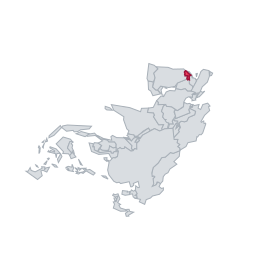 Asia, with Jordan highlighted, rotated 122°
{"feature_id": "JOR", "entity_name": "Jordan", "entity_type": "country or territory", "adm_level": 0, "iso_a3": "JOR", "parent_name": "Asia", "parent_adm1": "", "projection": "equal_earth", "projection_center": [36.712, 31.281], "detail": "fine", "context": "in_parent", "style": "filled", "palette": "rose", "viewbox_px": 256, "rotation_deg": 122, "n_neighbors": 45, "source": "natural_earth", "source_scale": "50m", "svg_char_len": 13273}
<svg xmlns="http://www.w3.org/2000/svg" viewBox="0 0 256 256"><g transform="rotate(122 128 128)"><path d="M119.3,72.2L117.6,73.5L117.5,76.0L114.6,75.4L114.5,78.6L111.3,79.7L113.3,82.8L112.8,84.3L104.0,82.6L103.2,84.1L99.9,83.7L96.9,87.5L94.1,86.5L92.7,83.2L90.8,81.8L86.9,82.2L81.5,78.5L78.1,79.5L78.8,86.3L76.0,84.4L73.8,85.4L73.7,83.5L70.4,80.2L74.0,79.1L73.8,76.2L68.5,77.0L64.7,73.6L65.9,70.1L67.3,71.0L69.9,68.0L76.7,69.8L84.1,69.5L84.3,68.7L81.9,67.5L83.9,65.9L82.8,64.8L83.3,64.2L92.6,62.0L95.0,62.4L95.8,64.0L98.8,64.2L98.9,65.0L102.9,63.4L108.7,69.4L113.0,69.0L119.3,72.2Z" fill="#d9dde1" stroke="#a8b0b8" stroke-width="1"/><path d="M78.8,86.3L78.1,79.5L81.5,78.5L86.9,82.2L90.8,81.8L92.7,83.2L94.1,86.5L96.4,87.5L99.8,84.5L99.2,85.9L103.2,87.1L101.6,88.4L99.9,88.3L99.7,86.9L97.9,87.4L97.1,89.6L95.9,89.5L97.3,92.2L96.8,94.1L82.3,83.6L80.4,86.2L78.8,86.3Z" fill="#d9dde1" stroke="#a8b0b8" stroke-width="1"/><path d="M219.6,177.4L218.7,191.6L217.5,189.8L213.4,190.0L215.3,187.7L214.4,183.5L207.7,179.5L206.6,180.7L205.1,177.9L207.8,176.6L205.5,176.6L202.8,173.8L208.4,173.5L209.0,177.8L210.6,179.1L213.9,175.5L219.6,177.4ZM193.0,191.1L191.9,193.8L190.3,194.0L191.4,191.9L193.0,191.1ZM208.2,186.7L208.1,185.1L208.9,183.6L209.1,185.3L208.2,186.7ZM182.2,162.8L181.4,164.8L184.2,169.8L182.3,170.1L179.5,180.5L170.0,178.2L168.0,170.9L169.1,167.4L170.5,170.1L175.8,169.1L177.1,168.7L179.0,162.4L182.2,162.8ZM198.4,179.2L202.6,178.5L203.1,180.2L198.4,179.2ZM196.8,180.0L195.7,179.6L195.4,178.7L197.0,178.6L196.8,180.0ZM198.6,167.1L199.8,169.3L198.9,173.7L197.7,169.6L198.6,167.1ZM187.2,168.9L194.2,168.7L191.8,171.3L186.1,171.3L185.9,172.9L187.3,174.8L191.2,173.1L188.2,175.9L190.6,183.4L189.1,183.3L190.0,181.5L188.0,181.7L187.3,177.5L186.2,178.2L186.2,183.8L185.2,184.1L183.8,177.9L185.5,171.5L187.2,168.9ZM186.1,193.4L183.3,192.5L184.8,192.1L186.1,193.4ZM184.9,190.9L188.3,190.1L189.8,189.3L189.5,190.5L184.9,190.9ZM181.8,189.3L183.7,190.7L179.8,191.4L181.8,189.3ZM163.0,184.6L173.5,186.9L178.2,189.9L176.4,190.8L161.8,186.7L163.0,184.6ZM159.1,173.3L163.3,178.4L162.7,184.5L160.9,184.5L157.6,181.0L145.8,159.9L149.3,160.4L154.6,167.2L157.6,168.7L159.8,171.6L159.1,173.3Z" fill="#d9dde1" stroke="#a8b0b8" stroke-width="1"/><path d="M193.1,192.1L194.7,190.1L196.9,190.0L193.1,192.1Z" fill="#d9dde1" stroke="#a8b0b8" stroke-width="1"/><path d="M50.2,101.7L48.9,104.5L48.8,109.2L47.8,105.8L49.1,102.1L50.2,101.7Z" fill="#d9dde1" stroke="#a8b0b8" stroke-width="1"/><path d="M51.4,99.9L49.2,102.0L51.1,99.1L51.4,99.9Z" fill="#d9dde1" stroke="#a8b0b8" stroke-width="1"/><path d="M49.8,103.4L48.8,105.5L49.2,103.1L49.8,103.4Z" fill="#d9dde1" stroke="#a8b0b8" stroke-width="1"/><path d="M74.5,119.9L78.2,120.2L81.5,116.9L79.9,123.6L75.2,122.5L74.5,119.9Z" fill="#d9dde1" stroke="#a8b0b8" stroke-width="1"/><path d="M73.2,118.9L73.1,117.4L73.9,116.1L74.4,117.9L73.2,118.9Z" fill="#d9dde1" stroke="#a8b0b8" stroke-width="1"/><path d="M67.5,108.1L69.3,111.1L66.4,110.0L67.5,108.1Z" fill="#d9dde1" stroke="#a8b0b8" stroke-width="1"/><path d="M55.2,103.9L54.6,101.5L57.9,99.4L58.2,95.7L60.3,93.7L63.2,94.1L65.2,97.0L64.4,100.3L67.4,103.3L69.4,108.3L63.6,109.9L55.2,103.9Z" fill="#d9dde1" stroke="#a8b0b8" stroke-width="1"/><path d="M80.2,123.1L81.8,118.5L87.4,124.0L84.6,128.3L84.5,131.0L77.4,135.9L75.5,130.9L80.2,128.8L81.0,124.6L80.2,123.1ZM81.8,115.7L81.2,116.2L81.6,115.5L81.8,115.7Z" fill="#d9dde1" stroke="#a8b0b8" stroke-width="1"/><path d="M156.6,145.4L156.8,141.0L161.8,141.8L162.3,140.3L164.3,142.5L164.4,145.1L161.9,146.7L162.7,148.0L158.3,148.8L156.6,145.4Z" fill="#d9dde1" stroke="#a8b0b8" stroke-width="1"/><path d="M160.4,140.9L156.8,141.0L156.6,145.4L152.4,142.8L151.7,151.8L156.7,158.3L155.2,159.4L150.1,153.7L151.9,146.0L149.0,139.1L149.9,136.9L146.9,132.1L148.0,129.4L150.7,127.9L152.8,129.9L153.0,134.1L156.1,132.4L158.8,134.2L160.6,138.2L160.4,140.9Z" fill="#d9dde1" stroke="#a8b0b8" stroke-width="1"/><path d="M163.8,141.1L160.4,140.9L160.6,138.2L157.3,132.5L153.0,134.1L152.8,129.9L150.7,127.9L153.1,126.3L152.5,123.9L155.4,127.2L157.3,127.2L158.2,129.0L156.9,130.3L163.3,137.5L163.8,141.1Z" fill="#d9dde1" stroke="#a8b0b8" stroke-width="1"/><path d="M150.7,127.9L148.0,129.4L146.9,132.1L149.9,136.9L149.0,139.1L151.9,146.0L150.5,150.3L149.9,143.4L147.0,135.3L144.4,137.9L142.5,137.2L142.2,132.6L138.2,125.7L140.9,115.2L143.8,114.1L143.6,111.7L146.0,113.2L145.7,120.7L147.2,120.3L149.0,122.6L148.8,124.4L151.8,124.9L150.7,127.9Z" fill="#d9dde1" stroke="#a8b0b8" stroke-width="1"/><path d="M159.7,149.1L162.7,148.0L161.9,146.7L164.4,145.1L163.9,139.0L156.9,130.3L158.2,129.0L157.3,127.2L155.4,127.2L153.2,123.6L157.8,121.8L162.7,125.5L159.8,130.8L165.9,138.8L167.2,146.5L161.3,153.1L159.7,149.1Z" fill="#d9dde1" stroke="#a8b0b8" stroke-width="1"/><path d="M183.7,84.3L183.7,87.1L181.5,89.2L183.6,91.8L178.7,92.3L178.7,89.9L176.7,88.9L177.4,87.7L178.9,85.3L181.1,86.0L180.4,85.0L182.3,83.2L183.7,84.3Z" fill="#d9dde1" stroke="#a8b0b8" stroke-width="1"/><path d="M181.1,93.0L183.6,91.3L186.6,94.8L187.4,98.1L184.0,99.5L181.8,94.9L182.8,94.6L181.1,93.0Z" fill="#d9dde1" stroke="#a8b0b8" stroke-width="1"/><path d="M119.8,72.0L124.9,69.5L132.2,71.3L132.8,67.4L140.5,70.7L144.7,70.4L147.5,72.0L150.6,72.3L154.6,70.4L158.0,71.0L158.5,74.7L161.4,74.1L164.6,75.9L157.7,79.9L155.3,79.4L155.1,80.5L156.3,81.8L154.9,83.4L148.1,85.7L141.6,83.8L135.3,83.7L132.9,80.9L126.3,79.0L125.5,76.2L119.8,72.0Z" fill="#d9dde1" stroke="#a8b0b8" stroke-width="1"/><path d="M143.6,111.7L143.8,114.1L140.9,115.2L138.6,124.5L137.3,121.2L136.8,122.6L135.8,121.5L137.2,118.4L133.4,117.8L130.9,115.4L130.6,116.8L131.9,117.9L130.8,119.4L131.8,120.0L132.8,125.3L129.9,125.7L129.4,128.5L123.4,136.1L120.6,137.5L120.5,149.4L117.0,154.5L109.8,137.3L107.5,126.0L104.2,127.0L100.2,121.1L104.5,119.7L101.6,114.4L103.1,112.3L104.9,112.4L109.0,103.7L106.2,99.6L110.7,99.0L111.9,97.3L113.8,99.6L114.5,105.2L118.4,107.8L117.3,110.6L122.6,113.5L130.2,115.5L130.6,112.1L131.1,114.1L132.6,114.9L136.1,114.6L135.3,112.7L141.3,109.3L141.9,111.4L143.6,111.7Z" fill="#d9dde1" stroke="#a8b0b8" stroke-width="1"/><path d="M137.3,121.2L138.5,127.4L136.4,123.0L135.0,122.9L134.9,125.0L132.9,124.5L130.8,119.4L131.9,117.9L130.6,116.8L130.9,115.4L133.4,117.8L137.2,118.4L135.8,121.5L136.8,122.6L137.3,121.2Z" fill="#d9dde1" stroke="#a8b0b8" stroke-width="1"/><path d="M135.3,112.7L136.1,114.6L131.1,114.1L132.5,111.6L135.3,112.7Z" fill="#d9dde1" stroke="#a8b0b8" stroke-width="1"/><path d="M129.8,112.5L130.2,115.5L128.9,115.5L117.3,110.6L119.0,107.4L126.2,111.8L129.8,112.5Z" fill="#d9dde1" stroke="#a8b0b8" stroke-width="1"/><path d="M111.9,97.3L110.7,99.0L106.2,99.6L109.0,103.7L104.9,112.4L103.1,112.3L101.6,114.4L104.5,119.7L100.2,121.1L97.1,117.5L89.7,118.2L90.1,115.8L92.2,114.8L88.0,108.5L90.6,109.6L96.2,108.4L96.8,105.6L100.3,104.4L102.8,95.4L107.4,94.2L109.3,96.5L111.9,97.3Z" fill="#d9dde1" stroke="#a8b0b8" stroke-width="1"/><path d="M92.3,94.2L98.7,94.1L100.7,91.6L102.7,94.9L104.5,93.5L107.4,94.2L102.1,96.2L102.8,98.0L102.1,100.3L100.6,100.2L101.4,101.5L100.3,104.4L96.8,105.6L96.2,108.4L90.6,109.6L88.0,108.5L89.2,106.7L86.9,102.3L87.4,97.0L90.1,97.5L92.3,94.2Z" fill="#d9dde1" stroke="#a8b0b8" stroke-width="1"/><path d="M96.8,94.1L97.3,92.2L95.9,89.5L99.7,86.9L100.5,88.3L98.5,89.6L104.5,89.8L107.1,93.6L102.7,94.9L100.7,91.6L98.7,94.1L96.8,94.1Z" fill="#d9dde1" stroke="#a8b0b8" stroke-width="1"/><path d="M99.8,84.5L103.2,84.1L104.0,82.6L112.8,84.3L104.5,89.8L98.5,89.6L98.4,88.5L103.2,87.1L99.2,85.9L99.8,84.5Z" fill="#d9dde1" stroke="#a8b0b8" stroke-width="1"/><path d="M73.8,85.4L76.0,84.4L78.1,86.4L80.4,86.2L82.3,83.6L94.7,92.6L94.8,93.7L93.6,93.2L89.0,97.8L87.4,97.0L87.1,95.4L81.3,92.4L76.5,94.0L76.2,90.7L74.4,88.7L74.5,87.1L77.1,86.9L75.5,84.8L74.4,86.6L73.8,85.4Z" fill="#d9dde1" stroke="#a8b0b8" stroke-width="1"/><path d="M69.4,108.3L67.4,103.3L64.4,100.3L65.2,97.0L62.4,92.6L62.1,89.8L65.1,91.1L67.8,89.5L69.6,93.3L72.1,94.7L76.4,94.5L80.3,92.3L87.1,95.4L86.9,102.3L89.2,106.7L88.0,108.5L92.2,114.8L90.1,115.8L89.7,118.2L83.3,116.9L82.5,114.4L77.2,114.7L74.1,112.5L71.7,107.9L69.4,108.3Z" fill="#d9dde1" stroke="#a8b0b8" stroke-width="1"/><path d="M50.0,102.8L51.4,99.9L50.3,97.5L51.6,94.8L59.7,94.0L58.2,95.7L57.9,99.4L51.7,103.6L50.0,102.8Z" fill="#d9dde1" stroke="#a8b0b8" stroke-width="1"/><path d="M65.6,91.0L61.4,88.2L61.3,86.7L64.1,87.2L65.6,91.0Z" fill="#d9dde1" stroke="#a8b0b8" stroke-width="1"/><path d="M63.2,94.1L51.6,94.8L50.7,96.7L50.7,95.1L48.6,94.8L41.3,96.1L38.3,95.1L36.4,89.7L40.9,86.4L47.0,85.0L53.8,86.9L59.9,85.8L63.1,89.3L62.1,89.8L63.2,94.1ZM36.6,85.3L39.2,85.0L40.6,86.3L36.7,88.4L36.6,85.3Z" fill="#d9dde1" stroke="#a8b0b8" stroke-width="1"/><path d="M123.9,155.5L123.7,157.7L121.7,158.8L120.5,154.0L121.1,150.5L123.9,155.5Z" fill="#d9dde1" stroke="#a8b0b8" stroke-width="1"/><path d="M166.0,132.6L164.3,130.1L167.5,128.6L167.2,131.6L166.0,132.6ZM104.5,89.8L113.3,82.8L111.3,79.7L114.5,78.6L114.6,75.4L117.5,76.0L117.6,73.5L119.8,72.0L125.5,76.2L126.3,79.0L132.9,80.9L135.3,83.7L141.6,83.8L148.1,85.7L153.5,84.0L156.3,81.8L155.1,80.5L155.3,79.4L157.7,79.9L161.7,76.6L164.7,76.5L161.4,74.1L157.9,74.0L158.0,71.0L161.2,70.6L161.5,67.5L160.0,66.2L162.0,65.1L167.5,66.2L172.7,71.2L175.4,71.8L179.1,74.6L183.9,73.4L184.6,79.3L181.9,79.6L183.7,84.3L182.3,83.2L180.4,85.0L181.1,86.0L178.9,85.3L176.7,88.9L172.9,90.8L173.3,87.9L172.2,86.9L167.9,91.1L172.2,94.1L173.3,92.8L175.8,93.5L176.4,94.6L172.9,98.5L179.0,104.8L178.7,106.8L180.4,108.5L180.7,111.8L177.9,119.3L174.4,123.0L167.0,125.9L166.9,128.1L166.0,128.2L165.6,125.9L161.0,125.0L160.2,123.0L157.8,121.8L152.5,123.9L153.1,126.3L148.8,124.4L149.0,122.6L147.2,120.3L145.7,120.7L146.0,113.2L144.5,111.6L141.9,111.4L141.3,109.3L136.4,112.5L132.5,111.6L131.0,113.7L130.6,112.1L126.2,111.8L114.5,105.2L113.8,99.6L109.3,96.5L104.5,89.8Z" fill="#d9dde1" stroke="#a8b0b8" stroke-width="1"/><path d="M181.9,117.8L182.6,123.0L182.3,124.7L180.6,121.4L181.9,117.8Z" fill="#d9dde1" stroke="#a8b0b8" stroke-width="1"/><path d="M65.2,85.3L67.3,86.6L68.3,85.3L71.0,88.2L69.9,88.4L69.1,91.9L67.8,89.5L65.6,91.0L64.2,88.9L63.2,86.4L65.4,86.7L65.2,85.3ZM65.1,91.1L64.1,90.8L63.1,89.3L64.5,89.7L65.1,91.1Z" fill="#d9dde1" stroke="#a8b0b8" stroke-width="1"/><path d="M56.0,82.4L63.8,84.1L65.6,86.5L58.4,85.9L58.2,83.8L56.0,82.4Z" fill="#d9dde1" stroke="#a8b0b8" stroke-width="1"/><path d="M186.4,145.4L184.6,142.7L186.6,143.5L186.4,145.4ZM189.8,152.2L189.4,148.2L190.1,149.5L191.1,147.5L189.8,152.2ZM193.6,150.6L195.8,156.2L195.4,158.2L194.7,156.0L194.0,157.1L194.2,159.7L192.2,158.4L191.0,154.8L188.4,156.2L190.7,152.9L193.8,152.3L193.6,150.6ZM184.2,148.9L180.6,153.6L183.8,147.2L184.2,148.9ZM186.3,132.5L186.6,140.8L190.3,142.0L190.8,144.7L188.7,142.5L184.9,141.8L185.3,140.4L183.4,138.5L183.6,132.0L186.3,132.5ZM188.0,149.2L187.4,146.0L189.5,146.7L188.0,149.2ZM193.2,145.5L193.9,147.9L192.6,147.3L192.5,149.8L191.1,144.6L193.2,145.5Z" fill="#d9dde1" stroke="#a8b0b8" stroke-width="1"/><path d="M153.4,157.8L158.1,159.8L160.4,169.0L155.8,165.8L153.4,157.8ZM182.2,162.8L179.0,162.4L177.1,168.7L170.5,170.1L169.4,168.9L169.1,167.4L171.5,167.8L171.8,165.9L174.4,165.0L176.3,162.0L178.1,162.4L180.1,156.8L184.2,160.0L182.2,162.8Z" fill="#d9dde1" stroke="#a8b0b8" stroke-width="1"/><path d="M178.2,160.0L178.1,162.4L177.1,163.1L176.3,162.0L178.2,160.0Z" fill="#d9dde1" stroke="#a8b0b8" stroke-width="1"/><path d="M202.6,90.3L203.7,98.0L199.7,99.1L198.5,101.3L196.6,99.1L191.0,100.5L193.1,101.9L193.3,105.3L191.6,105.4L191.4,103.6L189.1,101.6L192.3,97.4L196.7,97.3L196.8,93.8L198.2,94.8L199.9,92.1L198.4,86.5L199.8,86.1L202.6,90.3ZM201.7,81.4L202.3,80.6L203.8,82.7L201.7,85.0L198.8,83.7L199.2,85.8L197.6,85.8L196.4,84.0L197.8,82.4L196.4,78.6L201.7,81.4ZM193.4,101.3L195.0,99.5L196.7,100.6L194.9,102.8L193.4,101.3Z" fill="#d9dde1" stroke="#a8b0b8" stroke-width="1"/><path d="M75.5,130.9L77.4,135.9L76.0,138.1L62.3,144.5L60.9,138.9L62.0,133.9L67.8,135.2L71.0,131.7L75.5,130.9Z" fill="#d9dde1" stroke="#a8b0b8" stroke-width="1"/><path d="M48.9,109.5L52.7,108.2L53.5,107.2L52.0,105.2L55.2,103.9L63.6,109.9L67.8,110.2L72.1,114.9L75.2,122.5L80.2,123.1L81.0,124.6L80.2,128.8L71.0,131.7L67.8,135.2L62.0,133.9L61.1,136.5L55.3,126.1L54.3,121.1L48.4,112.1L48.9,109.5Z" fill="#d9dde1" stroke="#a8b0b8" stroke-width="1"/><path d="M48.4,97.0L46.0,99.1L45.0,98.1L48.4,97.0Z" fill="#d9dde1" stroke="#a8b0b8" stroke-width="1"/><path d="M50.1,102.7L50.3,102.8L50.5,103.1L50.8,103.2L50.9,103.3L51.0,103.4L51.2,103.5L51.7,103.6L52.1,103.3L52.4,103.0L52.8,102.7L53.1,102.6L53.5,102.2L53.8,102.0L54.2,101.8L54.6,101.5L54.7,101.9L54.8,102.3L54.9,102.8L55.0,103.2L54.9,103.3L55.0,103.6L55.3,103.5L55.1,104.0L54.9,104.2L54.6,104.3L54.0,104.5L53.6,104.6L53.1,104.8L52.7,104.9L52.3,105.1L51.9,105.2L52.1,105.5L52.4,105.9L52.7,106.2L52.9,106.5L53.2,106.9L53.4,107.2L53.2,107.3L53.0,107.5L52.9,107.5L52.8,107.9L52.7,108.2L52.3,108.3L51.8,108.4L51.6,108.5L51.3,108.9L51.2,109.2L50.9,109.5L50.5,109.8L50.2,109.8L49.8,109.7L49.4,109.6L49.2,109.6L48.9,109.5L48.9,109.2L49.0,108.6L49.0,108.4L49.0,108.2L49.1,107.9L49.2,107.4L49.2,107.1L49.3,106.8L49.4,106.6L49.5,106.2L49.6,105.9L49.5,105.7L49.6,105.2L49.7,104.9L49.8,104.7L49.8,104.2L49.8,103.7L49.8,103.4L49.8,103.0L49.8,102.9L50.1,102.8L50.1,102.7Z" fill="#f43f5e" stroke="#9f1239" stroke-width="1.5"/></g></svg>